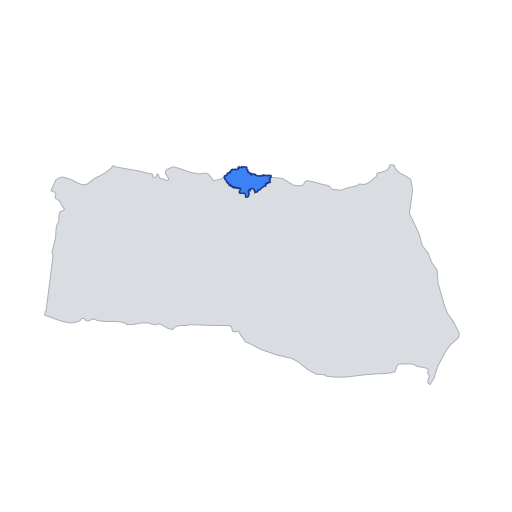 Nkwanta South Municipal, Volta, Ghana (highlighted), rotated 278°
{"feature_id": "2480657B13680530894334", "entity_name": "Nkwanta South Municipal", "entity_type": "district", "adm_level": 2, "iso_a3": "GHA", "parent_name": "Ghana", "parent_adm1": "Volta", "projection": "equal_earth", "projection_center": [0.469, 8.25], "detail": "fine", "context": "in_parent", "style": "filled", "palette": "blue", "viewbox_px": 512, "rotation_deg": 278, "n_neighbors": 0, "source": "geoboundaries", "source_scale": "gbopen_adm2", "svg_char_len": 7769}
<svg xmlns="http://www.w3.org/2000/svg" viewBox="0 0 512 512"><g transform="rotate(278 256 256)"><path d="M303.4,47.2L306.6,51.2L307.3,53.5L306.1,62.0L303.8,68.0L302.4,73.6L302.6,76.4L304.0,79.2L308.7,83.6L311.2,86.5L314.0,90.8L317.4,95.1L323.1,100.6L325.5,101.6L325.3,103.1L324.6,105.3L324.0,125.8L323.6,131.1L323.2,133.8L322.7,141.5L322.1,142.6L321.0,142.5L320.0,142.8L319.7,144.4L320.1,145.9L323.6,147.0L322.8,148.2L320.3,149.3L319.1,151.6L319.6,154.2L318.2,156.3L318.6,157.8L319.5,158.8L321.0,158.4L325.0,154.9L326.6,154.5L328.7,155.2L332.6,160.6L332.7,163.3L331.2,172.4L329.6,179.4L329.4,188.7L331.0,194.0L330.8,196.8L329.0,199.3L325.0,202.9L325.3,205.4L327.1,210.0L330.5,215.1L337.0,221.5L340.5,229.7L340.6,233.1L338.5,236.4L336.2,239.3L335.4,243.6L336.5,271.2L331.3,283.3L331.3,286.7L331.8,290.7L333.1,293.1L335.8,293.7L337.9,296.1L337.2,304.5L336.0,313.1L335.9,317.3L335.2,319.3L333.2,320.9L332.4,323.6L333.0,326.9L332.6,329.4L333.7,332.6L336.0,336.6L339.8,346.6L341.3,347.4L341.9,349.4L341.5,351.5L343.0,355.9L347.2,360.3L351.6,364.1L355.2,364.6L356.1,368.1L358.4,372.5L360.1,374.4L362.8,375.6L365.1,376.3L365.2,380.0L361.2,382.5L358.4,386.3L356.4,392.1L353.5,398.5L343.6,401.8L339.8,401.9L319.5,402.0L300.4,414.6L289.4,419.1L282.7,426.2L273.6,431.2L267.3,437.3L254.1,440.2L232.5,449.8L225.8,453.6L218.9,460.3L207.8,468.1L203.5,468.0L194.8,460.7L188.2,457.1L172.3,451.4L160.3,449.3L154.6,446.9L153.0,446.5L154.3,443.8L157.7,443.7L161.2,444.5L163.8,442.5L167.7,442.2L168.7,440.1L169.0,434.8L169.0,430.5L170.4,428.6L170.7,423.6L168.8,412.5L167.5,411.2L160.5,409.6L160.0,407.4L158.8,405.1L157.4,399.3L155.9,390.8L153.5,380.2L148.9,362.8L147.8,356.6L147.0,350.3L146.8,342.8L147.8,340.0L147.7,336.2L147.2,332.3L150.6,323.4L157.0,312.6L158.4,308.7L159.6,305.9L159.8,302.0L161.0,289.4L164.1,274.1L166.1,268.3L167.4,265.2L169.0,260.1L169.4,257.7L175.4,251.8L178.1,250.1L178.7,247.8L177.8,245.2L178.2,243.4L179.6,242.6L181.8,241.9L183.4,239.4L181.0,220.6L179.0,201.8L178.9,200.2L177.7,197.6L176.5,189.9L174.5,185.3L171.7,184.0L171.8,179.7L174.6,172.5L175.4,168.3L174.0,167.0L173.8,163.8L174.8,158.4L174.3,155.2L173.8,151.7L170.9,143.5L170.2,137.7L171.8,134.3L171.7,126.8L170.2,115.4L169.9,108.2L171.0,105.1L170.5,102.3L168.4,99.6L168.3,96.9L170.1,94.3L169.9,92.3L167.6,90.8L165.6,87.3L163.8,81.8L164.3,72.8L167.7,56.3L168.1,55.0L171.9,55.1L172.0,55.8L183.8,55.6L197.4,55.4L213.7,55.2L228.4,55.0L229.1,54.3L231.5,53.4L246.4,55.0L255.7,54.2L259.7,54.7L262.5,55.9L269.0,55.2L272.4,55.6L275.0,59.7L276.1,59.6L277.5,57.9L280.1,55.9L282.7,54.4L284.6,51.1L285.7,48.7L287.4,49.2L289.9,49.1L291.5,47.0L292.1,43.9L303.4,47.2Z" fill="#d9dde1" stroke="#a8b0b8" stroke-width="1"/><path d="M337.3,259.7L337.6,259.7L337.6,259.3L337.8,258.9L337.6,258.7L337.8,258.6L337.5,258.2L337.6,257.7L337.4,257.7L337.3,257.4L337.4,257.2L337.4,256.9L337.4,256.6L337.3,256.4L337.4,256.0L337.4,255.7L337.2,255.6L337.3,255.5L337.1,255.6L337.1,255.2L337.1,254.6L337.1,254.1L337.0,253.5L336.9,253.4L336.9,253.2L336.8,252.8L337.3,252.7L337.3,252.3L337.3,252.1L337.1,252.2L336.9,251.9L336.7,251.4L336.3,251.5L336.2,251.4L336.2,251.2L335.9,250.6L336.1,250.3L336.0,250.0L336.2,249.7L336.2,249.4L336.1,249.1L335.9,249.2L335.7,247.9L335.5,247.0L335.5,246.5L335.6,246.4L335.7,246.5L335.8,246.4L335.8,245.5L335.9,244.8L335.8,244.2L336.6,244.0L336.6,243.7L336.7,243.4L336.8,243.0L336.7,242.1L336.6,241.8L336.6,241.7L336.8,241.7L336.9,241.3L336.9,241.0L336.6,241.2L336.4,241.2L336.3,240.9L335.7,240.3L335.7,239.5L336.4,239.1L336.7,239.0L336.7,238.9L336.9,239.0L337.0,238.9L337.2,239.0L337.2,238.7L337.5,238.3L337.5,237.9L337.4,237.6L337.9,237.0L338.1,237.0L338.1,236.5L338.0,236.3L338.1,236.0L338.6,236.0L339.5,236.0L339.8,236.1L340.3,235.6L340.3,235.0L340.2,234.9L340.3,234.7L340.6,234.6L342.1,234.6L342.4,234.6L342.5,234.3L342.7,234.1L342.6,233.9L342.7,233.7L342.6,233.1L342.6,232.7L342.7,232.3L342.6,232.2L342.6,231.9L342.6,231.7L342.6,231.2L342.5,230.9L342.6,230.6L342.3,230.4L342.0,230.5L342.0,230.4L342.1,230.1L341.9,229.9L341.8,230.0L341.6,229.9L341.7,229.7L341.8,229.6L341.7,229.6L341.7,229.4L341.7,229.2L341.7,228.9L341.6,228.6L341.6,228.4L341.6,228.2L341.5,227.8L341.6,227.7L341.4,227.7L341.1,227.5L341.1,227.4L341.4,227.2L341.2,227.1L340.8,227.1L340.9,226.8L340.8,226.7L341.0,226.4L340.7,226.5L340.6,226.4L340.5,226.0L340.1,226.1L339.9,225.9L339.7,225.6L339.2,225.4L338.9,225.4L338.8,225.1L338.8,224.9L338.8,224.5L338.8,224.4L338.8,224.1L338.9,223.9L338.9,223.7L338.8,223.3L339.0,223.2L338.7,222.7L338.8,222.5L338.6,222.2L338.4,221.7L338.5,221.0L338.6,220.8L338.5,220.5L338.2,220.2L337.7,220.3L337.5,219.9L337.7,219.6L337.3,219.3L336.8,219.3L336.5,219.1L336.3,218.9L335.8,219.0L335.6,218.5L335.5,218.3L335.5,218.2L335.0,218.2L334.8,218.4L334.8,217.9L334.5,217.5L334.5,217.1L334.3,216.9L334.2,216.7L334.1,216.8L334.0,216.6L333.7,216.6L333.4,216.4L333.1,216.0L333.0,215.9L333.0,215.7L332.8,215.5L332.7,215.5L332.0,215.8L331.7,215.2L331.4,215.1L331.4,214.9L331.3,214.7L331.2,214.6L331.1,213.9L330.9,213.6L330.7,213.6L330.4,213.6L330.3,213.9L329.8,213.5L329.2,213.6L328.8,214.1L328.8,214.3L328.5,214.4L328.2,214.3L327.8,214.6L327.5,214.6L327.3,214.8L327.3,215.0L327.2,215.1L326.7,215.8L326.5,216.1L325.8,216.5L325.7,216.7L324.9,216.7L324.7,217.7L324.6,217.8L324.5,217.7L324.3,217.8L324.4,218.0L324.6,218.4L324.3,218.4L324.0,218.7L323.6,218.8L323.6,219.0L323.1,219.3L323.0,219.6L322.6,219.6L322.4,219.5L322.3,219.8L322.5,220.1L322.4,220.5L322.5,220.4L322.5,220.6L322.7,220.8L322.3,220.8L322.2,220.9L322.3,221.2L322.1,221.3L321.5,221.4L321.5,221.6L321.5,221.8L321.8,222.1L321.6,222.5L321.8,222.6L321.7,222.8L321.4,222.8L321.2,222.9L321.1,223.1L321.3,223.3L321.3,223.5L321.2,223.4L320.9,223.4L321.0,224.1L320.7,224.1L320.7,224.4L320.8,224.6L320.5,224.7L320.7,224.9L320.9,225.2L321.4,225.4L321.5,225.5L321.2,225.8L321.1,225.7L321.0,225.8L320.8,225.7L320.8,225.9L320.6,226.2L320.7,226.5L320.5,227.0L320.4,227.1L320.5,227.3L321.0,227.4L320.8,227.8L320.7,228.5L321.0,229.0L320.9,229.2L320.7,229.3L320.4,229.2L320.4,229.5L320.6,230.0L321.0,230.1L321.0,230.3L320.7,230.6L320.9,231.1L320.6,231.5L320.2,231.2L318.5,231.1L317.9,230.6L317.3,230.5L316.7,230.6L316.1,231.1L315.8,231.6L315.8,231.8L316.4,233.2L316.4,233.9L316.3,235.2L316.4,236.0L316.2,236.4L316.0,236.7L315.0,237.0L314.7,237.2L313.8,237.3L312.8,237.8L313.3,239.5L313.8,240.1L315.5,240.4L316.2,240.6L316.7,240.2L317.2,240.3L317.5,239.8L318.1,239.9L318.8,239.5L319.0,239.6L319.7,240.2L319.8,240.3L319.9,240.2L319.8,239.9L320.1,239.7L320.1,240.0L320.3,240.0L320.4,240.3L320.3,240.2L320.2,240.2L320.4,240.6L320.3,240.8L320.5,240.7L320.6,240.8L320.6,240.7L321.1,241.1L321.4,241.0L321.5,241.2L321.6,241.3L321.8,241.2L322.1,241.9L322.3,242.2L322.1,243.7L321.6,244.7L321.3,244.9L321.1,245.3L320.7,245.6L320.3,245.4L320.2,245.6L320.1,245.8L319.6,245.9L319.5,246.1L318.9,246.0L318.6,246.1L318.8,246.4L319.1,246.6L319.1,246.8L319.5,246.8L319.5,247.0L319.4,247.1L319.3,247.5L319.4,247.8L319.5,248.0L319.9,248.5L320.1,248.5L320.6,248.9L321.0,248.9L321.7,248.8L321.9,249.2L321.9,249.4L322.0,249.7L322.0,249.9L322.0,250.5L324.0,252.1L326.7,254.8L326.6,255.2L326.6,255.5L327.0,255.2L327.2,255.5L328.0,255.5L328.2,256.1L328.3,256.1L328.4,255.9L328.7,255.6L328.8,255.8L328.9,255.6L329.0,255.7L329.3,255.8L329.3,256.2L329.5,256.2L329.8,256.2L330.0,256.5L329.9,256.6L330.1,256.8L330.1,257.0L330.0,257.3L329.7,257.5L330.0,257.8L329.9,258.0L330.0,258.2L330.2,258.3L330.3,258.5L330.8,259.1L330.8,259.5L330.9,259.8L331.4,259.5L331.5,259.5L331.5,259.3L331.4,259.2L331.7,258.8L331.9,258.9L332.1,258.8L333.0,259.3L333.0,259.1L333.3,259.0L333.6,259.0L333.9,258.9L334.1,258.6L334.4,258.5L334.5,258.8L334.7,259.0L334.9,259.1L335.1,259.4L335.6,259.7L335.8,259.6L335.9,259.9L336.3,259.9L336.6,259.7L337.1,259.8L337.3,259.7Z" fill="#3b82f6" stroke="#1e3a8a" stroke-width="1.5"/></g></svg>